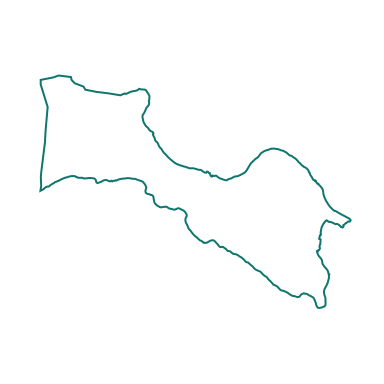 South Epi, Shefa, Vanuatu (Natural Earth projection), rotated 5°
{"feature_id": "77236927B82266009819224", "entity_name": "South Epi", "entity_type": "district", "adm_level": 2, "iso_a3": "VUT", "parent_name": "Vanuatu", "parent_adm1": "Shefa", "projection": "natural_earth1", "projection_center": [168.409, -16.787], "detail": "fine", "context": "isolated", "style": "outline", "palette": "teal", "viewbox_px": 384, "rotation_deg": 5, "n_neighbors": 0, "source": "geoboundaries", "source_scale": "gbopen_adm2", "svg_char_len": 6088}
<svg xmlns="http://www.w3.org/2000/svg" viewBox="0 0 384 384"><g transform="rotate(5 192 192)"><path d="M116.3,99.7L112.2,101.9L99.9,101.0L88.4,100.6L76.9,99.4L74.7,96.4L65.7,93.9L62.4,91.0L61.3,88.0L49.0,87.6L43.4,90.1L31.5,93.5L31.9,98.1L40.8,119.9L40.8,144.6L41.2,155.0L40.1,184.8L40.1,190.2L41.2,199.0L40.9,204.0L43.6,202.3L45.1,200.7L46.1,199.9L47.5,199.2L48.9,199.0L50.6,197.3L52.0,196.2L53.5,195.3L54.5,194.3L56.3,193.3L58.1,192.5L60.1,191.1L62.8,189.6L65.3,188.4L66.3,188.3L67.8,187.5L70.7,186.6L72.0,186.5L74.0,186.4L75.2,187.1L76.2,187.2L77.2,187.7L78.2,187.7L81.4,187.4L83.5,188.0L88.6,187.0L90.5,186.9L93.2,187.0L94.3,187.6L94.9,188.1L95.5,189.3L95.8,190.5L96.3,191.0L96.9,191.3L98.2,190.9L100.9,189.6L102.0,188.7L103.2,188.0L104.8,187.6L105.9,187.6L109.2,188.6L109.8,188.4L110.6,187.8L111.1,187.9L111.5,188.3L111.8,187.9L113.9,187.6L114.4,187.4L114.6,187.1L115.1,187.0L115.6,187.2L118.5,185.6L121.4,184.8L123.4,184.5L126.5,183.8L128.4,183.7L131.8,184.0L133.0,183.9L134.3,183.9L136.6,184.6L140.1,185.4L141.9,185.9L144.0,188.0L145.2,189.6L146.1,191.4L145.8,192.9L145.5,195.2L146.0,196.8L147.3,197.6L150.4,198.1L151.2,198.6L152.0,198.5L153.1,199.0L154.0,200.2L154.2,201.3L155.1,204.6L155.8,206.2L157.2,207.6L158.4,208.5L161.2,209.8L162.5,210.0L166.8,208.9L168.4,209.1L170.8,210.5L171.7,210.5L176.0,211.2L177.9,210.3L179.4,209.4L180.3,209.4L181.0,209.5L182.0,210.0L184.7,211.0L186.5,212.1L188.5,214.7L188.8,215.6L188.8,216.5L188.5,217.4L188.0,218.4L187.8,219.9L188.0,221.4L188.6,223.2L189.5,224.4L190.5,226.1L191.3,227.8L192.2,229.3L193.3,230.0L196.2,233.3L197.6,234.6L199.0,235.8L200.3,236.5L201.8,237.7L204.3,239.6L205.6,239.8L207.3,241.0L208.5,241.3L208.4,241.5L210.1,241.5L211.2,241.2L214.0,239.3L215.0,238.7L217.0,238.2L218.1,238.5L219.1,239.1L219.8,239.8L221.5,241.3L223.6,243.5L224.6,244.3L225.7,244.4L226.9,244.0L227.9,244.1L229.6,245.2L230.7,245.7L232.5,247.5L235.3,247.8L236.8,249.1L237.8,249.5L238.5,250.0L241.7,250.3L243.3,250.9L244.9,252.0L246.1,252.5L247.6,253.3L250.4,255.5L251.5,256.7L252.7,257.2L254.2,257.4L256.6,259.4L258.4,260.5L261.3,263.2L262.8,264.0L267.0,265.4L268.1,266.2L269.0,267.2L269.7,267.8L272.0,269.4L273.5,270.0L274.4,270.7L275.1,271.7L276.3,272.9L277.5,273.7L280.5,276.4L281.2,277.3L282.3,277.5L283.6,278.0L285.3,278.8L287.7,281.1L289.1,282.1L290.1,282.3L291.3,282.4L294.3,283.3L296.0,284.0L297.7,285.1L299.4,286.0L301.5,286.8L302.9,286.8L304.1,287.0L305.9,287.5L307.3,287.3L308.4,286.7L309.0,285.6L309.9,284.4L312.0,283.2L312.5,283.2L312.8,283.4L315.4,283.5L317.5,284.7L319.0,285.2L321.6,286.4L322.3,286.9L323.0,287.9L324.1,290.0L325.1,292.0L325.6,293.8L326.6,295.5L327.7,296.4L329.5,296.3L331.9,295.5L332.8,294.9L333.7,294.6L334.4,293.8L334.8,292.9L334.8,291.8L334.2,286.3L333.8,284.8L333.1,283.6L332.2,280.5L332.2,278.8L332.5,277.1L334.1,273.4L334.6,272.0L335.1,270.7L335.5,267.9L335.9,265.9L335.8,264.3L335.6,263.3L336.0,262.1L335.6,261.7L335.3,261.8L334.9,260.9L334.6,259.7L334.0,258.6L333.2,257.5L330.1,254.5L329.3,253.4L328.4,252.4L327.3,248.5L326.5,247.3L324.1,244.9L323.3,243.8L322.4,242.3L322.0,241.2L321.8,240.4L322.3,240.6L322.6,240.3L322.6,239.4L322.9,238.9L323.4,238.9L323.8,238.5L324.3,237.3L324.3,236.6L323.9,235.8L323.8,235.0L323.8,234.3L324.0,233.5L324.3,233.1L324.3,230.0L324.3,228.2L323.7,227.7L322.9,227.7L322.8,227.2L322.8,226.3L323.0,225.9L323.2,225.3L323.1,224.6L323.3,223.9L324.0,223.7L324.2,223.1L324.0,222.3L323.7,221.5L323.7,220.6L324.1,216.8L324.4,215.3L324.6,214.8L325.4,212.9L326.4,211.0L327.5,209.4L328.5,208.5L329.9,209.2L330.6,209.8L331.4,209.7L332.1,210.0L332.7,209.7L335.8,210.7L337.0,211.3L337.6,211.5L338.9,211.2L340.0,211.3L342.2,212.6L342.4,213.0L343.0,213.2L343.4,213.8L345.2,214.2L345.9,213.3L345.6,212.5L345.8,211.6L346.4,211.4L347.9,209.6L348.5,209.4L350.2,207.7L351.7,207.8L352.2,207.1L352.5,206.3L351.1,204.8L342.0,201.0L337.9,199.0L336.5,198.4L335.6,198.4L334.5,197.8L330.7,194.6L328.4,192.0L327.5,190.6L326.7,189.7L324.9,186.7L324.0,184.9L323.2,182.9L322.8,181.1L322.6,179.8L322.1,178.5L321.2,176.9L319.2,174.9L318.1,174.0L317.2,172.9L316.5,173.0L316.3,172.4L315.8,172.4L314.3,170.7L314.4,170.1L313.9,169.7L313.2,170.1L312.9,169.6L312.4,169.5L311.5,169.0L310.2,166.9L308.3,164.6L308.0,163.8L307.8,163.0L307.3,162.4L306.7,162.2L306.5,161.3L306.2,160.5L305.6,159.7L302.9,157.7L301.4,157.3L300.1,156.3L299.1,155.9L297.2,154.0L296.3,153.4L295.4,152.8L294.7,151.9L292.3,149.8L289.5,148.3L288.4,147.6L287.3,147.2L286.2,147.0L285.3,146.5L284.8,146.1L283.2,144.9L282.4,144.3L281.0,143.8L279.4,143.0L278.0,142.8L277.2,142.8L275.5,142.2L274.4,141.9L270.0,141.6L267.4,141.9L265.6,142.6L264.0,143.5L262.4,144.0L260.4,145.0L257.4,147.3L254.8,151.5L253.8,152.4L252.3,153.5L249.4,156.9L248.5,157.8L247.5,159.5L244.7,165.4L243.0,168.0L242.1,168.5L239.7,170.2L237.5,171.5L236.0,172.3L233.0,172.9L229.8,175.1L227.1,176.0L226.7,176.5L225.8,177.2L224.2,177.3L223.3,177.2L218.5,175.9L216.8,175.1L215.5,174.2L214.5,173.6L212.8,174.1L211.9,174.1L211.1,173.8L210.7,174.1L210.4,174.9L209.7,174.7L208.9,173.6L208.1,171.7L207.2,171.7L206.7,171.4L206.2,170.5L205.4,170.3L204.8,170.8L204.3,171.6L203.3,171.6L200.6,170.4L199.6,169.5L198.2,169.2L196.3,169.3L194.3,168.7L193.1,168.6L191.7,168.3L190.4,168.3L187.8,168.6L185.9,168.2L183.0,167.4L181.4,167.3L180.6,166.9L179.0,166.7L176.4,166.0L175.4,165.8L175.0,165.5L174.3,165.4L172.3,164.5L169.3,162.5L165.6,159.8L163.3,157.6L162.6,157.1L162.0,156.4L160.6,155.4L159.3,153.9L157.7,151.7L156.0,150.3L154.7,148.5L153.9,146.7L152.7,145.3L151.4,144.5L150.7,143.5L150.1,141.5L148.3,138.8L148.1,137.7L148.5,137.4L148.4,136.7L147.9,136.0L147.1,135.4L146.4,135.2L145.2,134.8L143.9,133.7L143.2,132.7L142.2,131.6L140.8,130.7L139.8,129.7L139.1,128.6L138.0,127.3L137.1,125.1L136.2,122.0L136.1,121.0L136.1,119.6L136.6,118.9L137.2,117.9L138.1,115.7L138.7,113.9L139.2,112.3L139.8,111.3L140.6,110.4L141.5,108.5L141.6,106.7L141.1,105.5L141.3,104.2L141.4,103.0L141.3,102.0L141.3,100.2L141.0,99.6L140.3,98.5L137.1,94.5L136.0,94.1L132.2,94.2L130.3,93.8L129.6,94.7L128.6,95.4L127.4,96.0L124.0,96.9L122.0,97.6L118.6,99.6L117.6,100.1L116.3,99.7Z" fill="none" stroke="#0f766e" stroke-width="2"/></g></svg>